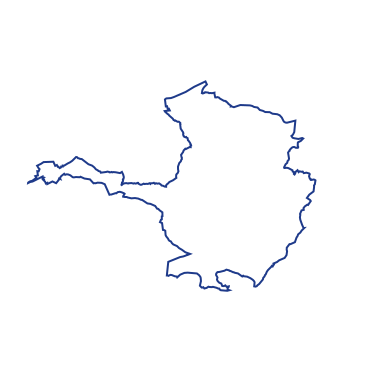 Nicolás Bravo, Puebla, Mexico, rotated 53°
{"feature_id": "50627088B2780893522991", "entity_name": "Nicolás Bravo", "entity_type": "district", "adm_level": 2, "iso_a3": "MEX", "parent_name": "Mexico", "parent_adm1": "Puebla", "projection": "natural_earth1", "projection_center": [-97.351, 18.613], "detail": "fine", "context": "isolated", "style": "outline", "palette": "blue", "viewbox_px": 384, "rotation_deg": 53, "n_neighbors": 0, "source": "geoboundaries", "source_scale": "gbopen_adm2", "svg_char_len": 6039}
<svg xmlns="http://www.w3.org/2000/svg" viewBox="0 0 384 384"><g transform="rotate(53 192 192)"><path d="M113.6,255.2L110.8,255.9L107.5,258.0L99.4,260.2L98.0,261.6L97.0,262.1L96.4,262.7L95.1,262.8L94.3,263.5L95.0,268.8L94.9,271.5L94.4,274.1L94.0,278.3L93.1,279.3L93.9,279.9L92.9,281.2L93.5,281.9L93.3,283.3L91.3,283.5L91.1,284.0L89.1,283.7L88.8,285.5L84.4,284.5L78.8,292.5L78.6,295.7L77.8,299.9L81.1,300.2L82.0,300.0L83.2,302.0L82.3,303.0L86.0,305.1L85.0,307.6L87.0,307.7L86.9,312.9L86.1,314.7L85.9,316.2L85.9,317.2L86.2,317.5L86.6,315.3L87.7,313.0L89.7,302.0L90.3,302.4L91.1,301.8L90.9,304.0L91.5,302.5L92.8,302.7L92.6,303.5L95.3,303.1L97.3,303.6L97.6,302.1L98.6,302.7L99.6,297.1L103.2,295.2L102.1,291.0L101.9,291.1L101.2,289.9L102.3,289.3L101.5,289.1L101.0,288.2L100.6,286.8L100.5,283.1L101.9,283.0L102.4,281.5L103.5,280.3L105.5,279.1L108.3,278.4L109.2,277.6L110.2,275.7L112.7,272.7L112.7,271.9L116.5,269.8L120.5,265.9L125.8,265.4L126.1,264.7L127.0,263.7L127.7,261.8L130.3,258.7L133.3,257.0L144.5,259.6L144.7,259.0L145.4,258.1L146.9,253.8L147.5,253.2L147.4,251.5L148.4,249.5L150.0,248.3L152.3,247.0L152.9,246.9L153.8,249.3L154.3,249.8L155.5,248.7L156.7,247.1L157.5,246.8L160.6,244.2L162.5,241.2L164.9,238.9L167.7,237.3L168.3,236.6L174.3,234.5L176.5,232.3L181.0,229.8L184.4,229.9L185.2,229.1L187.1,228.9L190.4,227.9L193.5,230.1L193.3,230.8L195.7,232.6L195.5,233.5L196.8,235.7L198.8,234.6L204.8,238.0L205.9,237.0L206.9,236.7L210.5,239.0L212.0,239.3L214.8,239.2L216.1,239.5L217.4,239.4L218.8,238.6L220.7,238.8L222.6,238.5L226.2,236.5L229.0,236.1L232.1,234.8L236.1,233.6L240.3,230.8L239.5,233.8L239.1,234.1L239.1,235.0L238.2,237.8L236.8,240.7L233.5,253.0L243.5,262.3L244.0,261.6L244.7,261.4L245.2,259.1L246.2,258.1L248.9,256.5L250.4,255.0L251.3,255.2L250.9,251.2L252.0,246.8L253.8,244.0L260.0,237.1L262.7,236.4L264.8,236.4L265.9,236.8L268.6,238.5L271.6,242.1L274.0,241.8L274.4,241.6L274.8,240.3L276.5,240.2L277.4,238.0L277.5,235.9L278.4,235.2L280.0,233.3L280.3,232.4L283.3,230.0L284.7,229.3L285.6,228.3L286.5,228.6L287.8,228.1L292.1,223.3L292.9,221.3L291.7,222.1L291.0,222.1L290.3,221.4L289.8,219.7L289.5,219.4L288.6,221.4L286.6,221.6L286.4,223.1L285.3,224.4L282.7,223.7L280.9,224.8L278.6,225.1L277.0,224.8L275.6,223.1L272.7,222.7L271.7,221.7L271.3,219.9L272.5,217.9L274.4,213.4L274.7,211.3L276.9,209.5L277.5,209.5L278.2,208.8L280.9,207.4L281.1,207.0L282.3,206.4L284.7,204.3L289.7,202.7L289.6,200.7L290.1,201.7L292.8,198.9L296.0,197.2L298.7,196.3L300.4,196.1L301.7,196.3L304.8,199.1L305.8,198.2L306.2,196.9L305.9,196.1L305.9,193.7L304.5,188.0L303.4,186.7L303.1,184.9L302.3,183.8L302.2,182.8L300.7,180.2L300.1,178.4L299.4,173.6L299.1,172.7L300.0,172.4L299.6,171.5L299.2,171.7L299.3,170.3L299.0,169.8L298.2,169.8L299.1,166.2L299.0,163.5L300.4,157.7L299.3,154.5L296.5,151.7L295.2,151.2L293.5,149.8L292.3,145.5L292.9,144.8L294.0,140.0L291.2,135.8L290.9,134.6L289.7,132.7L289.6,129.9L288.8,127.7L288.3,124.1L288.0,124.6L284.4,123.8L279.3,122.2L277.1,121.0L275.4,119.2L274.6,119.0L272.6,115.6L273.5,113.5L272.0,112.7L271.4,110.6L271.5,107.5L272.2,107.1L270.7,102.6L269.5,102.5L265.9,103.8L264.7,99.9L264.7,94.6L261.4,91.4L260.2,90.6L259.8,89.3L257.0,86.4L256.0,86.7L255.1,87.5L254.3,89.3L253.8,89.9L253.4,89.9L253.2,89.4L252.0,89.8L249.8,89.0L248.6,87.2L247.8,87.2L245.4,89.0L244.2,91.4L242.3,91.3L242.0,92.1L240.2,93.7L240.3,94.9L238.1,94.6L238.2,96.9L239.4,98.6L239.7,99.6L238.9,99.8L237.9,99.0L237.7,98.4L236.3,99.3L235.1,98.7L231.0,100.6L229.8,101.6L228.4,103.8L227.7,103.6L226.2,100.6L226.0,98.4L224.9,97.2L224.5,95.4L223.7,94.4L218.4,91.6L217.8,90.1L217.8,89.1L217.4,88.9L217.1,88.3L216.7,85.6L216.9,84.4L217.5,83.3L219.4,82.3L219.6,81.6L220.2,81.2L220.4,80.7L220.0,80.1L218.5,79.6L216.3,77.8L216.1,77.3L216.7,74.4L216.2,71.0L215.2,71.5L213.7,75.1L210.6,78.0L209.2,79.0L207.1,78.9L207.0,77.0L205.7,74.3L197.2,66.5L193.8,74.5L192.7,75.6L191.4,76.2L190.4,76.2L186.6,75.5L183.5,75.8L181.2,77.1L177.9,80.6L175.0,81.9L172.2,85.4L169.9,86.5L167.3,88.5L164.0,88.8L161.5,91.2L159.4,92.2L157.7,93.6L151.6,101.1L149.5,107.5L147.3,109.0L147.0,109.6L146.4,109.0L146.1,109.1L143.4,109.9L143.1,109.8L140.2,110.2L140.1,110.5L139.2,110.7L138.3,111.7L134.1,113.5L132.7,113.7L131.4,114.7L131.3,115.4L130.4,116.5L126.9,114.9L126.2,114.3L125.1,116.6L124.1,117.6L123.3,118.9L122.4,119.2L120.2,121.5L120.1,122.4L120.3,122.5L119.8,124.1L119.0,124.6L116.9,122.4L116.0,120.6L115.5,118.9L115.1,115.4L111.8,114.7L109.3,126.9L108.3,136.8L105.2,149.5L104.3,152.3L101.8,156.2L101.8,157.9L107.9,161.4L108.5,160.3L110.8,161.3L111.5,160.3L113.5,160.7L110.9,165.1L111.5,165.2L115.2,164.5L116.0,164.1L117.1,164.2L121.9,163.2L123.5,163.4L124.4,162.7L124.8,162.7L124.8,162.3L127.2,161.3L127.9,160.2L129.8,159.8L130.3,160.3L130.8,160.4L130.8,160.7L134.6,162.9L139.0,163.2L140.0,163.6L140.3,164.2L141.9,165.0L142.5,164.8L143.1,165.0L144.4,164.3L144.6,163.6L145.0,163.7L146.3,163.1L148.2,164.1L149.2,163.9L151.6,164.0L152.6,164.2L153.0,164.6L153.5,164.4L154.5,164.8L154.5,165.9L155.3,166.2L154.7,166.9L154.0,171.1L153.4,171.3L153.8,173.7L154.7,175.0L155.8,178.4L157.9,179.4L158.4,179.4L159.7,180.4L159.7,180.9L160.8,182.5L161.2,184.7L163.3,187.9L165.5,189.5L167.3,190.4L168.3,192.1L168.4,193.4L168.8,194.3L170.4,195.6L171.3,196.0L171.2,200.1L170.4,204.1L170.8,206.2L170.7,206.9L171.1,208.7L172.2,209.5L171.3,210.5L169.4,211.5L168.5,212.4L167.3,212.4L165.3,213.1L164.5,214.6L163.3,215.5L163.2,216.6L161.7,216.9L161.4,218.0L160.2,219.7L160.5,220.4L159.4,220.7L159.0,222.4L158.2,223.2L157.0,225.2L156.3,225.5L155.8,227.9L155.2,228.8L153.0,229.8L152.3,229.5L152.0,229.8L151.5,231.8L150.2,232.9L150.1,233.6L148.4,235.0L146.8,237.5L146.8,237.9L145.5,239.0L144.5,240.5L144.0,242.2L144.2,244.8L143.8,243.7L143.6,243.7L142.8,242.5L142.3,242.2L142.1,241.1L141.6,240.3L140.6,239.9L140.2,239.4L140.3,238.8L139.1,237.5L136.7,236.5L133.8,235.9L133.6,238.1L130.4,241.0L128.6,243.0L128.5,243.6L127.5,244.3L127.5,244.8L126.6,246.1L126.1,246.1L124.7,247.4L124.4,248.4L121.7,253.2L120.5,252.9L118.9,254.1L118.2,254.1L116.0,255.1L113.6,255.2Z" fill="none" stroke="#1e3a8a" stroke-width="2"/></g></svg>